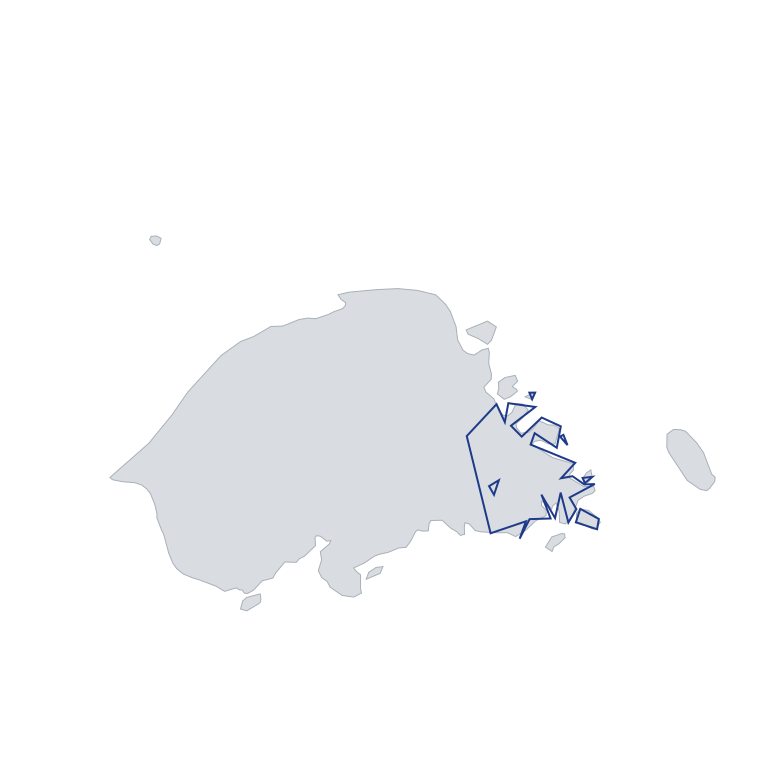 where South Jeolla sits in South Korea, rotated 253°
{"feature_id": "KOR-2506", "entity_name": "South Jeolla", "entity_type": "Metropolitan City", "adm_level": 1, "iso_a3": "KOR", "parent_name": "South Korea", "parent_adm1": "", "projection": "albers", "projection_center": [126.652, 34.734], "detail": "coarse", "context": "in_parent", "style": "outline", "palette": "blue", "viewbox_px": 768, "rotation_deg": 253, "n_neighbors": 0, "source": "natural_earth", "source_scale": "10m", "svg_char_len": 3961}
<svg xmlns="http://www.w3.org/2000/svg" viewBox="0 0 768 768"><g transform="rotate(253 384 384)"><path d="M229.5,185.4L232.1,183.4L232.3,180.5L232.3,171.0L239.6,164.4L250.1,150.9L255.2,143.5L261.0,136.5L267.8,131.9L274.4,129.7L284.8,128.7L304.8,129.4L308.8,128.6L322.7,127.7L326.0,128.9L336.1,129.6L347.3,128.6L352.9,126.5L358.0,123.0L362.5,116.8L367.0,105.4L371.9,96.3L374.8,94.6L396.1,141.8L416.4,172.2L433.7,194.1L458.8,236.4L466.5,259.1L467.5,273.3L472.1,292.7L469.0,304.1L470.5,321.7L469.2,330.8L466.4,337.6L466.7,350.4L467.8,357.3L468.2,366.4L470.2,369.9L473.0,371.1L477.4,367.7L482.8,366.1L482.1,377.1L476.3,405.0L471.1,425.4L463.8,443.2L454.2,459.5L442.4,466.1L434.0,468.6L418.0,469.7L404.6,467.3L393.1,469.5L388.6,472.9L385.3,478.7L387.9,487.6L387.7,494.2L382.8,493.8L373.0,490.1L362.2,489.7L357.1,487.9L351.9,478.6L346.7,479.0L337.7,484.7L323.9,486.1L319.0,489.2L317.4,493.1L319.4,498.0L326.5,504.4L324.2,511.0L317.0,514.3L311.0,506.3L307.3,498.5L303.2,498.1L296.9,500.4L295.6,508.9L298.6,514.7L303.6,521.4L296.8,529.2L295.0,534.7L290.1,538.8L276.8,530.0L278.7,523.7L284.4,517.6L285.1,511.4L283.1,507.7L264.3,523.6L252.6,541.5L246.4,540.2L243.7,535.6L240.1,533.8L227.4,545.3L225.1,554.5L220.4,554.8L218.4,551.0L218.2,542.7L216.1,535.7L203.0,525.4L197.1,516.5L200.3,511.5L211.2,514.3L219.9,513.9L218.2,509.7L215.4,507.7L221.1,505.3L225.9,500.5L221.9,499.1L215.9,502.0L210.8,500.6L208.8,488.9L202.7,476.9L199.6,465.3L205.7,458.6L208.8,448.2L214.4,433.2L217.2,428.3L225.0,424.8L227.7,420.9L223.5,418.9L216.7,417.1L216.9,412.8L221.5,410.4L226.7,405.6L236.7,399.8L239.8,388.8L236.9,386.1L230.6,383.4L232.0,377.9L234.6,373.7L233.7,371.1L226.3,364.0L221.4,357.5L222.9,350.0L221.8,338.8L222.5,329.4L222.1,324.3L218.6,312.8L217.0,301.2L212.3,302.9L208.5,305.8L195.0,301.7L190.7,301.4L189.1,292.8L193.9,282.3L205.4,273.1L212.0,271.9L217.0,267.8L224.7,266.6L234.0,272.9L242.3,274.1L247.0,285.0L249.8,287.3L250.4,283.3L257.1,278.6L258.7,275.0L257.3,273.1L249.5,271.2L242.6,257.7L241.6,251.8L239.1,248.0L242.8,237.2L234.8,224.9L230.9,221.0L231.4,210.0L227.3,202.9L225.0,199.0L223.6,192.3L224.8,189.3L228.4,188.2L229.5,185.4ZM202.0,671.0L198.0,673.4L194.3,671.9L193.3,670.8L188.9,664.7L187.7,661.5L190.7,655.6L203.1,645.8L234.9,636.4L240.6,635.9L253.2,640.0L255.9,647.6L253.6,654.1L250.7,658.5L236.1,665.9L224.8,669.5L202.0,671.0ZM413.9,501.3L405.7,508.1L394.4,499.5L391.7,494.6L400.0,487.3L407.0,479.0L411.7,478.4L413.9,501.3ZM354.8,501.6L353.9,512.0L347.7,512.6L344.0,505.9L340.1,509.3L338.0,509.3L334.8,501.0L334.2,494.5L341.4,489.5L345.9,492.4L352.2,493.9L354.8,501.6ZM194.2,548.8L188.6,550.4L185.5,546.7L183.2,545.7L184.5,540.9L193.7,531.5L195.5,528.2L204.0,530.2L207.1,535.2L203.2,542.8L194.2,548.8ZM220.0,190.2L219.5,204.2L214.9,203.6L211.7,202.2L210.4,199.5L207.2,186.4L210.8,181.0L217.7,185.3L220.0,190.2ZM189.0,510.3L187.8,512.9L184.0,512.1L180.1,504.7L178.6,498.9L174.7,495.7L180.9,490.7L188.7,499.8L189.0,510.3ZM210.9,322.7L209.7,329.6L204.1,325.0L202.5,309.9L208.3,314.3L210.9,322.7ZM592.0,210.0L588.3,213.4L583.6,210.4L582.9,207.1L585.2,204.1L590.6,202.1L593.3,204.5L592.0,210.0ZM239.9,551.7L241.4,556.7L234.3,555.8L230.5,550.9L231.0,546.7L235.3,546.1L239.9,551.7ZM331.6,522.2L330.7,525.5L326.2,520.6L330.5,515.1L331.6,522.2Z" fill="#d9dde1" stroke="#a8b0b8" stroke-width="1"/><path d="M331.8,485.7L312.2,488.4L329.3,497.3L317.8,522.0L307.0,493.2L293.4,500.3L305.8,525.0L291.8,540.7L272.5,530.6L292.9,513.7L283.2,506.5L252.7,543.8L242.1,525.8L240.7,537.3L229.4,546.2L226.7,556.3L221.2,528.3L208.1,531.4L197.6,519.8L228.5,521.2L205.8,508.4L232.2,502.2L206.7,504.0L212.2,483.7L196.4,468.5L211.2,479.6L210.1,442.3L310.0,447.9L331.8,485.7ZM258.4,465.7L255.6,454.6L245.9,456.8L258.4,465.7ZM207.2,535.2L192.1,550.0L182.8,545.3L195.6,527.0L207.2,535.2ZM236.1,546.5L234.3,556.2L230.5,547.2L236.1,546.5ZM271.9,541.6L282.2,537.0L282.9,540.7L271.9,541.6ZM326.1,521.2L333.2,520.5L331.6,526.0L326.1,521.2Z" fill="none" stroke="#1e3a8a" stroke-width="2"/></g></svg>